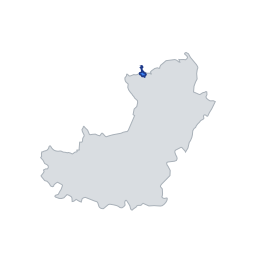 Conakry, Dubréka, Guinea (highlighted), rotated 114°
{"feature_id": "49546643B29247776226513", "entity_name": "Conakry", "entity_type": "district", "adm_level": 2, "iso_a3": "GIN", "parent_name": "Guinea", "parent_adm1": "Dubréka", "projection": "albers", "projection_center": [-13.665, 9.597], "detail": "fine", "context": "in_parent", "style": "filled", "palette": "blue", "viewbox_px": 256, "rotation_deg": 114, "n_neighbors": 0, "source": "geoboundaries", "source_scale": "gbopen_adm2", "svg_char_len": 5030}
<svg xmlns="http://www.w3.org/2000/svg" viewBox="0 0 256 256"><g transform="rotate(114 128 128)"><path d="M155.1,165.1L153.2,164.8L152.3,165.2L149.8,168.2L148.2,169.4L145.8,169.1L145.0,169.3L144.4,169.0L145.2,167.3L146.4,164.0L149.5,160.7L149.6,160.0L148.3,158.0L146.9,155.4L146.9,152.6L146.6,150.6L143.8,150.0L143.3,149.7L143.2,149.0L144.8,145.4L144.9,144.7L144.7,144.1L143.0,142.3L140.3,139.0L135.6,132.2L133.9,130.7L132.3,128.6L131.6,127.3L129.9,126.8L114.0,127.0L113.7,128.8L108.2,130.1L104.8,128.7L101.0,129.5L99.2,130.4L97.8,134.4L97.0,135.3L96.2,137.1L95.5,138.1L94.6,140.1L92.9,142.9L91.0,144.7L87.8,145.7L86.8,148.6L86.0,149.7L84.8,150.6L83.5,151.2L80.9,150.6L79.4,151.1L79.1,150.4L80.0,148.1L79.3,146.8L76.8,144.4L76.6,143.2L75.8,141.7L72.5,138.6L69.4,138.8L70.2,136.1L70.2,132.7L69.2,130.8L69.4,128.8L68.8,128.9L67.8,130.3L66.2,129.8L62.8,127.8L61.1,125.7L60.9,124.0L60.5,123.4L59.5,123.7L57.4,123.7L51.0,120.6L46.4,113.0L46.3,111.2L47.0,108.3L46.8,107.4L44.7,109.4L44.3,108.1L42.8,105.0L42.3,103.2L40.8,102.4L39.5,102.3L38.6,102.9L37.3,106.5L36.4,106.5L35.4,105.7L35.6,103.0L38.1,99.7L42.3,91.2L43.7,89.3L44.7,88.6L46.6,88.5L50.4,87.4L55.1,84.8L58.6,85.0L62.9,84.7L68.4,82.8L68.4,77.2L68.2,75.9L66.3,74.7L65.1,73.8L64.2,72.5L63.0,71.6L63.0,70.7L65.5,69.4L67.7,69.5L68.4,69.0L69.0,68.2L69.6,66.1L69.8,64.0L68.4,61.1L68.4,59.0L76.5,59.3L80.9,59.9L84.5,60.0L85.1,60.5L84.6,62.5L85.0,63.7L86.3,64.0L88.3,62.6L89.4,62.9L91.6,64.6L93.7,65.1L96.0,66.0L98.2,66.5L100.1,66.5L101.5,67.4L104.2,67.7L107.7,66.5L110.4,65.9L114.2,65.8L116.2,66.2L122.0,65.1L126.6,65.7L125.9,66.4L123.9,70.9L124.1,71.7L128.8,75.5L129.9,75.8L131.2,75.3L133.1,73.5L134.7,71.5L136.2,70.6L138.0,70.6L139.4,72.0L142.8,77.7L143.6,78.4L144.4,78.4L145.9,77.3L146.6,76.0L149.6,72.2L154.4,70.3L165.7,74.5L167.4,74.8L168.4,74.5L169.7,71.9L174.0,69.7L176.0,69.1L177.2,69.0L177.6,68.3L177.8,67.2L177.6,66.2L176.2,64.2L176.2,63.7L176.9,63.3L178.5,63.0L180.6,63.2L183.0,64.0L185.0,65.1L186.1,66.6L188.3,72.6L190.7,77.2L190.7,83.6L191.8,84.2L192.9,84.5L193.5,85.0L194.7,87.5L195.8,88.3L197.1,88.5L199.6,90.1L201.2,90.7L201.4,91.2L201.3,91.9L200.7,92.8L198.4,94.6L197.3,96.1L194.9,99.7L194.8,100.4L195.4,100.9L196.4,100.9L197.4,100.7L199.6,99.3L201.4,99.8L203.1,100.8L203.7,101.8L203.9,103.1L203.5,104.9L203.5,106.9L204.1,110.2L205.0,113.6L205.9,114.8L211.6,117.6L212.1,118.7L212.4,120.0L212.1,121.7L211.5,122.6L208.5,125.3L208.0,126.5L208.3,128.9L208.7,138.7L209.9,140.3L211.4,141.1L214.7,140.6L214.7,143.3L214.3,146.4L216.3,147.3L217.3,148.2L217.9,149.1L214.8,150.7L213.9,151.7L213.5,154.3L213.6,156.6L217.9,158.2L219.5,160.2L220.3,162.2L220.6,166.1L220.2,167.0L219.1,167.0L217.0,164.7L213.7,164.5L211.3,164.1L207.3,164.4L206.6,165.2L206.2,170.3L207.2,171.1L209.1,172.1L210.4,172.5L211.4,172.3L212.3,173.0L212.5,174.7L211.9,175.9L210.9,177.1L209.6,180.1L209.9,182.8L207.7,187.1L207.1,188.0L204.0,187.2L202.1,186.9L200.7,188.1L198.7,186.4L198.3,185.1L197.6,184.8L196.2,184.8L195.0,185.6L194.5,187.0L194.3,189.7L192.1,192.4L190.6,195.7L188.8,195.4L188.4,195.8L186.5,196.7L184.9,197.0L184.4,196.1L183.4,195.4L182.3,194.0L181.1,192.9L178.8,192.2L177.9,192.5L176.8,192.5L176.0,192.0L176.1,191.3L177.3,189.6L178.0,188.0L178.4,186.3L178.3,184.7L177.7,182.4L176.6,180.6L176.3,179.5L176.4,178.0L176.2,176.6L175.8,175.8L175.3,173.2L174.7,172.7L174.3,170.6L174.4,168.4L173.5,167.6L172.1,167.0L171.2,166.1L170.7,165.2L170.2,164.9L169.7,165.0L169.4,165.6L168.9,165.7L168.0,163.7L167.7,163.6L167.1,164.1L160.6,166.4L159.8,164.5L158.5,164.2L156.4,165.0L155.1,165.1Z" fill="#d9dde1" stroke="#a8b0b8" stroke-width="1"/><path d="M73.0,133.6L72.8,133.8L72.7,133.8L72.5,133.7L72.4,133.3L72.0,133.2L71.9,133.3L71.7,133.4L71.5,133.7L71.6,133.8L71.7,134.0L71.6,133.9L71.5,134.0L71.2,133.9L71.1,134.0L70.9,134.4L70.9,135.0L71.0,135.2L71.0,135.4L71.1,135.5L70.9,135.6L70.9,135.8L70.8,136.0L70.9,136.3L70.7,136.5L70.3,137.0L70.2,137.0L70.1,137.4L69.9,137.7L69.9,137.9L69.9,138.2L69.7,138.3L69.3,138.7L69.3,138.9L69.2,139.0L68.9,139.2L68.6,139.3L68.5,139.5L68.8,139.6L69.1,139.5L69.1,139.4L69.5,139.1L70.0,138.8L70.1,138.6L70.4,138.6L70.5,138.4L70.7,138.2L70.8,138.3L71.0,138.3L71.0,138.2L71.0,138.3L71.0,138.2L71.0,138.3L71.0,138.2L71.3,138.0L71.5,138.0L71.8,138.4L72.0,138.8L72.4,139.2L72.7,139.5L72.8,139.7L73.1,139.8L73.3,139.8L73.5,139.7L73.9,139.2L74.0,139.3L74.2,139.1L74.3,138.7L74.3,138.4L74.2,138.4L74.1,137.8L74.4,137.1L74.8,136.7L75.0,136.5L75.2,136.2L75.2,135.9L74.5,135.3L74.3,135.2L74.2,134.9L74.2,134.7L74.7,134.1L74.8,134.0L74.8,133.8L74.7,133.5L74.1,133.7L73.2,133.5L73.0,133.6ZM65.8,140.9L65.8,140.6L65.9,140.4L66.0,140.2L66.3,140.1L66.5,139.7L66.8,139.5L66.8,139.4L66.5,139.3L66.4,139.4L66.2,139.5L66.0,139.9L65.9,140.0L65.7,140.1L65.6,140.5L65.6,140.8L65.8,141.0L65.8,140.9ZM67.8,141.1L68.0,140.7L68.0,140.4L68.0,140.2L67.8,140.1L67.7,139.6L67.4,139.6L67.4,139.8L67.5,140.0L67.7,140.3L67.8,140.5L67.7,141.0L67.8,141.1ZM67.0,140.5L66.9,140.5L66.7,140.5L66.5,140.8L66.8,140.8L66.8,140.6L67.0,140.6L67.0,140.5Z" fill="#3b82f6" stroke="#1e3a8a" stroke-width="1.5"/></g></svg>